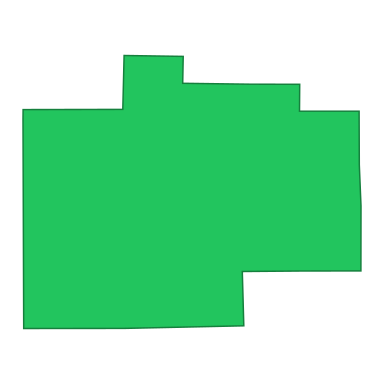 outline of Saginaw, Michigan, United States of America
{"feature_id": "52423323B53952262882470", "entity_name": "Saginaw", "entity_type": "district", "adm_level": 2, "iso_a3": "USA", "parent_name": "United States of America", "parent_adm1": "Michigan", "projection": "robinson", "projection_center": [-83.982, 43.349], "detail": "fine", "context": "isolated", "style": "filled", "palette": "green", "viewbox_px": 384, "rotation_deg": 0, "n_neighbors": 0, "source": "geoboundaries", "source_scale": "gbopen_adm2", "svg_char_len": 352}
<svg xmlns="http://www.w3.org/2000/svg" viewBox="0 0 384 384"><path d="M243.8,325.8L242.3,271.5L301.3,271.0L360.9,270.9L361.0,206.0L359.3,164.7L359.1,111.2L299.5,111.2L299.7,84.3L250.3,84.2L182.7,83.3L183.2,56.4L124.1,55.5L122.8,109.4L23.1,109.6L23.0,119.2L23.7,328.5L123.9,328.4L243.8,325.8Z" fill="#22c55e" stroke="#15803d" stroke-width="1.5"/></svg>